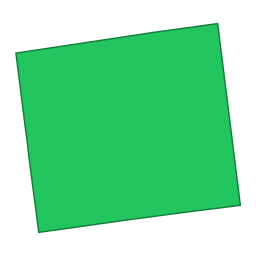 DeKalb, Indiana, United States of America (Albers equal-area conic projection), rotated 173°
{"feature_id": "52423323B7448583002451", "entity_name": "DeKalb", "entity_type": "district", "adm_level": 2, "iso_a3": "USA", "parent_name": "United States of America", "parent_adm1": "Indiana", "projection": "albers", "projection_center": [-84.887, 41.397], "detail": "fine", "context": "isolated", "style": "filled", "palette": "green", "viewbox_px": 256, "rotation_deg": 173, "n_neighbors": 0, "source": "geoboundaries", "source_scale": "gbopen_adm2", "svg_char_len": 375}
<svg xmlns="http://www.w3.org/2000/svg" viewBox="0 0 256 256"><g transform="rotate(173 128 128)"><path d="M229.3,35.3L143.8,36.8L85.1,37.4L25.9,37.6L26.3,220.7L86.2,219.9L230.1,216.0L229.9,148.5L229.7,120.4L229.8,120.3L229.8,118.0L229.8,108.0L229.8,107.9L229.8,101.4L229.5,64.6L229.4,56.1L229.3,35.4L229.3,35.3Z" fill="#22c55e" stroke="#15803d" stroke-width="1.5"/></g></svg>